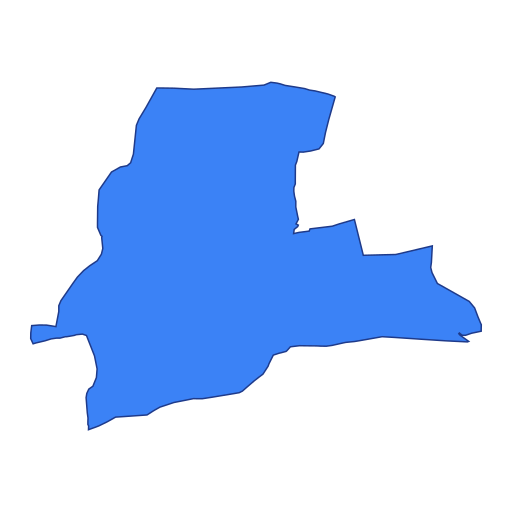 the district of Manzala, Ad Daqahliyah, Egypt
{"feature_id": "37247803B21688775597596", "entity_name": "Manzala", "entity_type": "district", "adm_level": 2, "iso_a3": "EGY", "parent_name": "Egypt", "parent_adm1": "Ad Daqahliyah", "projection": "natural_earth1", "projection_center": [31.941, 31.153], "detail": "fine", "context": "isolated", "style": "filled", "palette": "blue", "viewbox_px": 512, "rotation_deg": 0, "n_neighbors": 0, "source": "geoboundaries", "source_scale": "gbopen_adm2", "svg_char_len": 2389}
<svg xmlns="http://www.w3.org/2000/svg" viewBox="0 0 512 512"><path d="M468.7,341.4L460.1,335.2L458.8,333.7L459.4,333.0L462.1,335.2L464.2,335.3L465.5,335.3L471.7,333.2L475.1,332.5L481.2,331.2L481.2,329.0L481.3,324.7L480.6,323.2L477.9,316.7L474.6,307.9L469.2,301.4L466.5,299.9L437.4,283.5L432.0,272.6L430.7,267.5L431.4,262.5L432.3,245.9L395.8,254.5L363.3,255.3L354.4,219.5L339.5,223.8L332.3,226.2L310.0,228.9L309.2,231.1L299.0,232.4L293.6,233.6L294.2,229.4L297.7,226.6L298.3,225.1L296.0,223.9L298.4,219.3L297.7,216.4L295.8,207.0L295.8,201.2L294.5,196.2L294.1,193.4L293.8,191.1L293.9,187.5L295.3,183.9L295.3,179.5L295.4,165.1L296.8,161.5L299.0,152.0L303.3,152.1L310.6,151.0L319.0,148.9L323.3,143.5L325.5,132.5L328.8,119.4L335.2,96.9L334.1,96.2L327.9,94.0L315.0,90.9L309.6,90.1L307.0,89.3L304.8,88.6L300.1,87.8L295.3,87.0L285.1,85.4L280.4,83.9L277.0,83.1L270.8,82.3L264.0,85.1L241.5,87.0L193.8,89.2L174.1,88.2L161.1,88.0L156.8,88.0L146.0,107.4L139.1,118.8L136.4,125.3L133.4,154.2L130.6,162.8L127.2,165.7L120.4,167.0L111.5,172.0L99.1,189.9L98.4,198.7L97.7,206.5L97.5,223.1L97.5,227.4L100.9,235.4L102.0,236.3L101.7,237.6L102.8,248.5L101.4,254.2L97.3,260.7L89.8,265.7L83.6,270.6L77.4,277.1L73.3,282.8L60.9,300.7L58.8,305.7L58.8,311.5L55.9,326.6L51.7,325.9L46.5,325.1L39.4,325.0L31.7,325.6L30.8,332.9L30.7,338.6L33.1,343.8L36.1,342.9L45.0,340.8L51.1,338.9L56.6,338.1L60.0,338.1L65.4,336.7L66.8,336.7L70.9,336.0L74.3,335.4L76.3,334.7L82.4,334.1L86.5,335.5L87.7,338.6L94.5,355.9L97.1,368.9L96.4,377.6L92.9,386.2L88.8,389.1L86.8,393.4L86.1,397.7L87.3,412.9L88.0,418.0L87.9,421.6L87.9,424.5L88.6,425.9L88.5,429.7L89.3,429.4L95.4,427.2L97.5,426.4L98.0,426.2L98.6,426.0L107.2,421.8L115.6,417.1L123.3,416.6L136.3,415.7L146.4,415.0L147.1,414.9L152.7,411.3L154.5,410.2L157.5,408.5L160.0,407.1L165.5,405.3L173.9,402.5L186.1,400.1L193.6,398.6L196.4,398.7L202.4,398.7L212.7,397.1L239.2,392.7L241.0,391.8L242.4,391.1L245.8,388.1L251.0,383.6L254.4,380.7L258.6,377.4L263.0,374.1L263.5,373.3L268.1,366.2L269.0,363.7L273.3,355.1L279.1,353.2L280.9,352.8L283.1,352.2L285.0,351.7L286.1,351.4L287.0,350.6L290.4,346.8L299.5,345.7L307.0,345.8L316.6,345.9L320.6,346.1L326.3,346.2L332.1,345.4L343.7,342.8L345.7,342.4L346.5,342.3L354.6,341.5L357.0,341.1L358.3,340.9L382.1,336.7L394.2,337.4L420.7,339.2L430.2,339.8L437.7,340.3L445.5,340.8L467.4,341.9L468.7,341.4Z" fill="#3b82f6" stroke="#1e3a8a" stroke-width="1.5"/></svg>